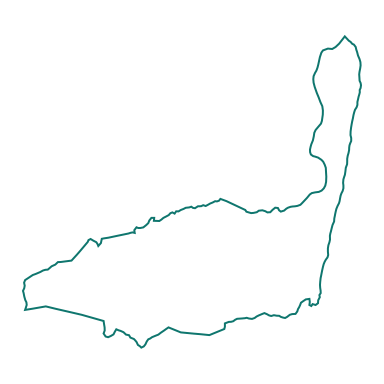 Maraú, Bahia, Brazil
{"feature_id": "56859067B48056481531186", "entity_name": "Maraú", "entity_type": "district", "adm_level": 2, "iso_a3": "BRA", "parent_name": "Brazil", "parent_adm1": "Bahia", "projection": "robinson", "projection_center": [-39.108, -14.083], "detail": "fine", "context": "isolated", "style": "outline", "palette": "teal", "viewbox_px": 384, "rotation_deg": 0, "n_neighbors": 0, "source": "geoboundaries", "source_scale": "gbopen_adm2", "svg_char_len": 4233}
<svg xmlns="http://www.w3.org/2000/svg" viewBox="0 0 384 384"><path d="M88.5,240.1L87.7,242.0L80.2,250.9L76.9,254.7L71.5,260.6L60.7,262.0L57.9,262.1L55.3,264.6L51.6,266.3L49.7,268.0L47.8,269.6L45.4,269.8L43.0,270.5L40.3,272.0L38.2,272.9L35.6,274.0L32.8,275.0L25.1,280.1L24.1,282.7L24.7,285.7L24.2,288.3L23.0,290.9L23.6,293.0L24.3,296.6L25.3,300.1L26.4,302.3L26.7,304.9L25.9,307.5L25.1,309.9L32.6,308.7L45.8,306.4L56.1,308.9L69.2,311.9L81.7,314.8L103.6,321.0L104.0,323.8L104.6,327.4L104.7,330.5L103.6,333.5L105.6,336.5L108.1,337.2L110.8,336.0L113.5,334.4L114.8,331.8L116.3,329.3L118.6,330.3L120.6,330.9L123.5,332.2L126.0,334.6L129.0,335.2L130.4,337.6L133.9,339.0L135.3,340.5L136.6,342.1L137.9,344.9L139.9,346.2L141.3,347.6L143.8,346.4L145.4,344.4L146.8,341.4L148.3,339.3L150.2,338.5L152.0,337.2L155.6,335.7L158.4,334.6L160.7,332.8L163.8,330.7L166.3,328.9L168.5,327.4L180.8,332.4L191.3,333.4L193.4,333.6L200.5,334.2L209.4,335.1L224.3,329.0L224.9,326.7L224.9,323.4L228.8,321.9L231.1,321.8L233.3,321.2L235.1,319.8L237.1,318.8L241.6,318.5L244.9,318.2L246.7,317.8L248.9,318.5L252.0,318.9L254.6,318.0L256.6,316.5L258.8,315.4L261.9,314.1L264.4,313.1L267.0,314.2L269.1,315.4L271.2,316.0L273.9,315.2L276.7,315.7L279.2,315.8L280.9,316.9L283.1,317.6L285.1,318.0L287.1,316.9L289.8,314.8L292.1,314.1L295.5,313.9L297.3,311.4L298.0,309.1L299.1,307.3L300.1,305.1L301.0,302.7L303.4,301.0L305.8,299.4L309.4,298.9L309.8,302.0L309.4,305.0L311.3,306.0L312.6,304.1L315.6,305.0L318.0,303.2L318.2,300.3L319.8,297.2L319.4,295.1L320.7,293.1L320.6,290.6L320.2,288.0L320.0,284.9L320.2,282.0L320.6,278.2L321.2,275.3L321.7,272.7L322.2,270.2L323.0,266.7L323.7,264.1L324.6,261.9L325.8,259.7L327.5,257.4L328.2,255.0L327.9,251.7L327.9,248.4L328.4,245.2L329.4,242.3L330.0,239.6L329.9,235.8L330.3,233.6L330.9,231.5L331.7,228.2L332.5,225.1L334.1,221.5L334.3,218.4L334.8,216.1L335.2,213.9L335.7,211.6L336.4,208.8L337.6,205.9L339.0,203.2L339.6,201.1L340.1,198.2L340.6,195.7L341.4,193.4L342.6,191.1L343.4,188.3L343.4,185.3L343.1,182.9L343.4,179.4L344.1,177.1L344.9,174.8L345.4,171.4L345.8,167.8L347.1,164.2L347.2,161.3L347.2,158.8L347.7,155.8L348.5,153.1L349.1,150.1L349.2,147.5L349.5,145.3L350.2,143.3L351.2,141.0L351.2,138.0L350.5,135.1L350.6,131.5L351.1,127.5L351.6,124.5L352.1,121.8L352.9,118.3L353.5,115.0L354.2,112.3L355.0,109.8L356.6,107.3L357.4,104.9L357.4,102.0L358.1,99.0L358.6,96.7L359.3,94.4L359.8,92.3L359.7,90.0L360.6,88.0L361.0,85.2L360.6,83.0L359.6,80.8L359.4,77.4L359.2,74.4L359.5,71.9L360.2,68.3L360.6,65.4L360.4,62.1L359.5,59.0L358.0,55.5L357.1,52.0L356.3,49.7L355.7,47.0L353.9,44.6L352.2,43.8L350.6,41.9L348.8,40.7L344.8,36.4L339.2,43.6L335.6,47.0L332.2,49.0L327.9,48.6L323.0,50.4L321.4,52.6L319.9,57.1L318.3,64.5L317.5,67.6L316.4,70.6L315.0,73.0L313.6,76.2L313.3,79.2L313.6,82.7L314.7,86.9L316.8,92.9L318.7,97.5L320.5,102.3L322.3,106.2L322.9,110.5L322.8,114.6L321.9,120.9L321.0,123.6L318.2,126.9L315.6,130.0L314.3,132.8L313.8,136.3L312.9,140.4L311.3,144.3L310.6,146.8L310.0,149.6L310.1,152.2L310.9,154.5L313.1,156.1L315.1,156.6L318.1,157.6L321.4,159.8L323.2,161.7L324.7,164.7L325.8,167.8L326.1,173.4L326.3,176.7L326.1,181.9L325.3,185.6L323.8,188.4L321.6,190.6L318.8,191.9L315.0,192.4L311.8,193.1L309.8,194.5L306.9,198.0L303.9,201.2L302.4,202.8L300.4,204.8L297.4,205.9L295.0,206.3L292.5,206.5L290.6,206.8L288.0,207.7L286.3,208.7L284.1,210.6L280.8,211.6L279.1,210.3L277.9,208.0L275.2,207.7L272.5,209.9L270.3,212.2L267.4,212.4L265.3,211.2L262.4,210.3L258.8,210.7L256.8,212.2L253.5,212.9L251.1,213.1L248.7,212.4L246.4,211.7L245.3,210.0L226.4,201.1L220.4,198.9L219.0,200.7L217.0,201.4L215.1,201.2L212.7,202.5L210.2,203.5L208.3,204.6L205.7,206.0L203.2,205.2L201.1,206.2L197.9,206.3L195.0,208.2L193.0,207.9L191.3,206.7L189.3,207.4L185.7,207.8L183.6,208.9L180.8,210.0L178.5,211.4L176.2,211.3L174.6,213.6L172.4,212.4L170.4,213.2L168.7,215.1L166.1,216.5L163.4,217.9L161.4,219.6L159.3,221.0L156.6,220.9L153.9,220.8L154.2,217.9L151.4,217.9L149.3,220.5L148.3,223.1L146.2,225.1L143.3,227.4L140.3,228.0L138.2,228.0L136.5,227.3L134.3,230.2L134.7,232.9L132.6,232.4L130.6,232.8L128.5,233.5L116.9,235.9L108.4,237.7L103.8,238.4L101.8,238.8L100.9,243.1L98.3,246.0L97.5,244.0L96.3,242.2L93.4,240.7L90.6,239.0L88.5,240.1Z" fill="none" stroke="#0f766e" stroke-width="2"/></svg>